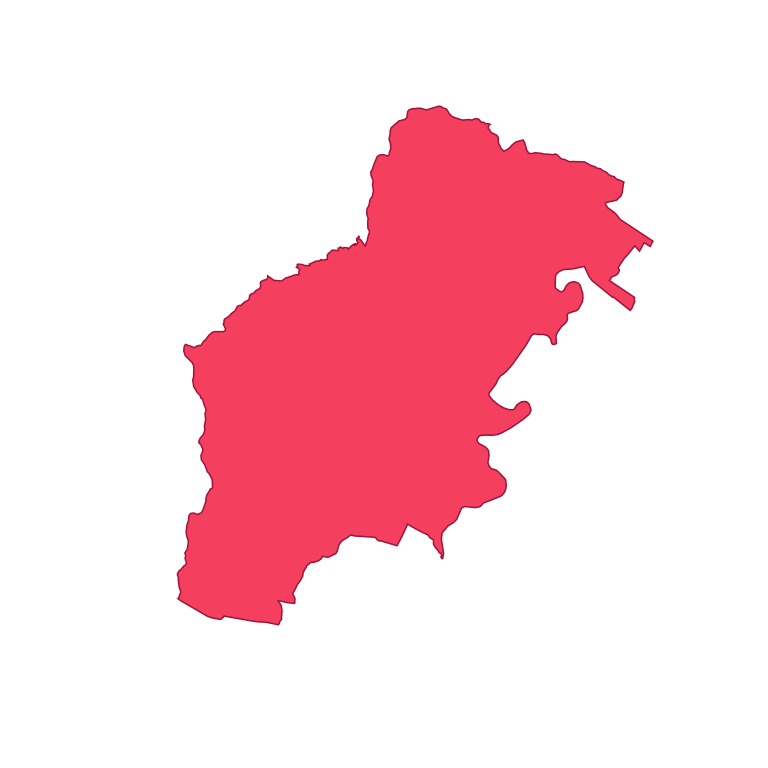 Vladimir, Gorj, Romania (Equal Earth projection), rotated 203°
{"feature_id": "2599482B64472006817342", "entity_name": "Vladimir", "entity_type": "district", "adm_level": 2, "iso_a3": "ROU", "parent_name": "Romania", "parent_adm1": "Gorj", "projection": "equal_earth", "projection_center": [23.559, 44.818], "detail": "fine", "context": "isolated", "style": "filled", "palette": "rose", "viewbox_px": 768, "rotation_deg": 203, "n_neighbors": 0, "source": "geoboundaries", "source_scale": "gbopen_adm2", "svg_char_len": 6171}
<svg xmlns="http://www.w3.org/2000/svg" viewBox="0 0 768 768"><g transform="rotate(203 384 384)"><path d="M466.4,533.8L463.3,530.3L462.5,527.3L459.7,521.1L457.5,519.4L456.6,517.6L456.5,514.7L455.3,508.6L455.7,506.5L455.0,505.3L455.4,503.6L461.0,507.2L462.5,507.8L463.5,507.4L464.3,508.3L464.1,509.8L464.9,510.1L465.9,506.7L465.1,505.4L463.2,504.0L463.8,501.2L465.4,500.4L465.3,501.8L466.2,501.1L467.9,498.7L469.6,494.3L471.0,495.1L474.3,493.9L474.7,492.8L477.3,493.1L478.1,492.7L478.2,491.4L479.2,491.1L478.4,490.0L478.5,488.9L484.0,487.0L485.4,483.5L486.1,482.8L486.6,480.4L484.8,476.6L489.6,473.7L490.5,474.0L491.6,472.1L494.6,470.5L499.6,465.1L498.3,464.2L498.9,463.6L503.5,462.1L506.1,462.0L510.2,460.7L510.5,459.7L509.6,459.1L510.3,457.3L506.2,456.4L506.3,454.0L505.0,451.1L507.0,450.5L510.2,448.5L512.0,446.1L512.8,446.0L513.4,445.1L515.7,443.4L518.6,438.8L525.8,436.4L533.3,438.1L532.7,436.5L532.8,434.3L535.0,432.8L537.3,430.2L537.3,428.5L535.8,426.1L535.7,423.4L538.4,420.0L539.5,416.6L541.1,415.4L542.3,413.0L541.4,409.8L541.4,408.5L544.4,405.0L546.6,400.2L547.9,399.8L549.0,398.7L549.5,397.3L549.6,393.4L552.3,388.7L552.7,386.8L556.1,381.4L556.1,379.7L555.3,378.7L555.4,376.3L551.6,373.0L551.2,371.9L551.3,370.4L552.8,369.2L560.1,366.2L562.3,364.4L564.2,360.6L565.5,355.1L566.8,352.7L567.4,348.4L567.9,347.8L569.1,347.4L571.5,345.5L572.6,343.4L582.2,342.9L582.6,340.6L581.2,336.1L577.9,332.3L569.0,328.8L566.6,326.7L565.1,324.0L562.0,316.0L561.7,313.0L558.1,307.2L553.0,303.5L548.7,301.5L546.8,299.3L545.3,299.4L542.4,295.6L537.9,291.0L537.4,290.1L537.2,286.7L534.3,281.7L533.1,275.7L530.9,271.4L530.6,266.9L532.1,261.9L532.0,258.9L531.6,257.7L528.6,256.3L525.3,253.2L524.6,250.7L524.6,246.8L522.6,243.0L517.3,239.5L512.2,234.1L510.3,233.4L506.3,230.2L504.5,228.2L501.4,221.9L501.5,221.0L503.0,219.2L503.0,216.8L503.8,212.5L503.1,208.9L502.1,206.3L501.5,198.3L501.7,194.2L505.0,190.9L508.3,191.0L510.4,190.0L511.5,189.1L512.1,187.1L511.4,183.8L510.7,182.5L510.4,177.7L508.3,170.4L505.9,166.6L503.1,163.5L502.1,161.4L500.6,155.0L501.3,150.8L499.4,148.3L499.2,146.5L498.3,144.8L495.8,142.0L496.1,139.9L497.1,138.3L498.4,134.1L499.8,131.6L500.0,128.6L499.3,127.2L497.5,125.5L496.9,123.4L493.0,116.7L489.8,113.3L489.5,106.9L489.9,105.9L486.6,105.1L455.9,101.2L450.9,101.5L443.0,103.3L441.8,104.2L441.7,105.4L440.8,106.4L440.7,107.7L440.1,108.0L413.6,114.1L406.8,115.9L400.0,118.5L387.1,121.1L386.8,122.8L387.2,124.2L386.3,127.8L387.4,129.1L387.6,131.0L388.3,132.0L388.9,134.6L391.8,139.7L394.3,141.5L395.9,142.0L396.8,143.3L386.8,145.2L380.5,147.2L382.1,151.7L385.8,155.2L386.2,156.3L385.6,158.9L385.4,165.6L384.3,169.9L383.7,175.6L384.7,178.3L384.5,182.6L383.9,184.9L384.2,186.5L381.7,191.1L378.8,192.6L375.3,195.6L373.6,198.3L373.2,201.4L368.0,202.4L362.1,209.0L361.7,212.0L362.6,217.3L362.2,220.6L361.1,223.6L357.5,228.8L355.7,232.0L351.7,232.6L332.9,239.2L330.7,238.9L329.6,238.0L327.7,237.6L325.3,238.4L308.8,240.2L307.9,250.3L307.5,264.2L297.4,262.9L284.1,262.1L282.1,260.6L277.8,259.7L277.3,259.5L276.0,256.1L274.0,254.2L268.4,251.4L267.2,250.2L265.5,250.4L264.4,249.2L263.7,246.6L262.6,245.9L261.8,246.2L262.6,250.0L263.4,252.2L270.0,262.6L270.9,264.5L272.3,269.8L269.7,278.3L265.8,283.7L264.2,287.7L264.1,300.1L261.7,302.8L251.4,306.0L248.1,308.3L247.1,309.8L246.1,313.1L233.0,326.0L231.9,327.6L230.8,331.3L230.9,334.7L231.7,338.1L234.4,343.1L236.0,344.2L245.1,348.1L247.4,348.6L252.2,348.0L255.2,349.6L257.7,352.3L259.3,359.1L261.8,363.6L265.5,365.5L273.2,366.4L274.9,367.1L276.2,368.2L276.8,370.4L275.9,373.4L275.0,374.4L269.2,377.3L264.4,379.0L259.3,382.2L256.4,385.2L249.9,393.5L242.2,405.7L238.9,412.2L238.4,413.4L238.4,416.0L238.8,418.0L242.5,422.2L245.3,423.3L247.5,423.0L250.6,421.2L251.7,419.7L253.5,416.6L254.3,411.8L255.6,410.5L259.6,409.1L264.9,408.8L271.0,409.5L278.5,412.0L282.7,414.4L283.4,415.6L283.6,417.2L281.0,427.8L280.9,432.4L280.0,436.9L277.9,440.1L275.8,444.7L273.4,452.4L268.4,475.3L267.2,485.9L266.3,487.9L264.8,489.1L260.4,490.2L257.0,491.8L252.4,492.5L248.5,490.8L245.5,487.0L244.6,486.5L242.8,486.9L241.1,488.6L244.4,495.2L244.7,497.7L243.3,505.6L241.0,510.5L240.2,513.5L240.5,515.7L242.3,519.0L242.3,520.2L241.3,521.8L235.3,526.9L234.2,529.4L233.5,537.1L234.4,540.7L236.4,544.9L241.9,551.4L243.1,552.2L245.1,552.8L248.8,552.6L252.2,550.3L253.4,548.8L254.6,545.7L254.9,541.1L255.5,539.6L256.3,538.5L257.9,537.8L263.1,539.1L264.4,540.2L268.0,549.5L268.4,552.2L266.7,556.0L263.7,559.3L255.4,563.6L245.6,570.5L236.8,562.7L232.7,560.4L207.5,553.1L206.6,553.6L186.1,547.9L185.4,550.3L185.4,557.9L187.0,560.1L187.1,561.6L216.9,567.3L216.0,572.0L213.5,574.2L211.9,576.6L211.6,580.1L212.1,581.1L214.0,582.6L211.8,594.0L210.1,598.4L207.1,609.1L200.7,606.1L199.8,615.7L192.7,614.6L192.3,620.6L231.2,627.8L235.5,630.4L238.5,631.7L247.1,633.8L249.6,635.4L250.6,636.7L250.7,637.7L241.9,643.9L239.4,649.5L239.5,653.2L241.8,661.6L242.0,663.6L248.2,663.7L248.2,663.3L251.6,663.9L252.9,664.8L256.3,664.3L259.3,664.7L262.2,665.9L266.2,665.9L268.7,666.7L272.5,665.9L274.6,666.5L278.3,666.0L285.9,666.8L296.7,662.8L299.9,661.1L306.1,661.2L307.9,660.4L311.9,661.6L313.5,662.6L316.3,662.7L317.8,661.2L324.0,659.3L325.9,658.3L329.7,657.7L335.6,655.8L337.4,654.2L340.7,652.9L344.1,655.2L348.7,661.0L351.2,663.0L357.1,658.5L359.6,653.9L360.3,651.4L361.8,648.5L364.7,645.0L368.5,646.8L373.2,651.0L374.9,655.2L375.7,656.1L377.9,657.1L384.1,657.5L385.5,658.9L388.0,660.2L388.5,661.8L388.4,663.6L387.8,664.5L390.2,664.3L392.3,663.1L394.3,663.9L396.9,663.0L400.0,664.6L401.8,664.7L404.4,663.3L406.1,661.3L409.2,660.6L414.9,657.6L423.1,656.8L426.0,656.9L428.9,658.0L434.0,661.5L437.4,661.2L440.0,661.7L442.1,661.2L452.0,652.9L458.5,652.1L460.1,650.9L461.0,651.0L462.2,649.9L464.5,649.1L467.4,646.8L468.3,645.6L468.6,643.8L467.1,638.3L467.3,637.2L468.7,635.2L472.9,632.2L477.5,622.8L477.1,618.9L476.2,617.0L475.2,612.0L474.3,610.3L472.4,608.4L470.5,605.0L469.6,602.6L469.7,600.5L468.9,596.9L469.7,595.3L473.8,595.0L476.7,593.6L478.0,592.5L479.1,590.7L479.1,582.0L478.6,577.9L479.0,574.0L477.5,571.0L473.4,566.8L472.5,563.0L469.4,558.2L468.1,552.8L468.9,548.3L467.6,542.3L468.1,538.9L466.4,533.8Z" fill="#f43f5e" stroke="#9f1239" stroke-width="1.5"/></g></svg>